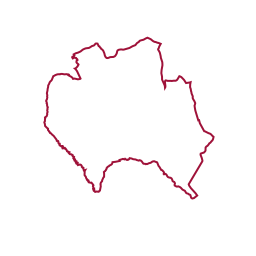 outline of Poiana Sibiului, Alba, Romania, rotated 67°
{"feature_id": "2599482B41231020029051", "entity_name": "Poiana Sibiului", "entity_type": "district", "adm_level": 2, "iso_a3": "ROU", "parent_name": "Romania", "parent_adm1": "Alba", "projection": "equal_earth", "projection_center": [23.723, 45.806], "detail": "fine", "context": "isolated", "style": "outline", "palette": "rose", "viewbox_px": 256, "rotation_deg": 67, "n_neighbors": 0, "source": "geoboundaries", "source_scale": "gbopen_adm2", "svg_char_len": 5857}
<svg xmlns="http://www.w3.org/2000/svg" viewBox="0 0 256 256"><g transform="rotate(67 128 128)"><path d="M142.1,188.7L142.6,188.6L142.6,188.3L142.4,188.1L142.5,187.4L142.8,187.2L143.0,186.3L143.6,185.7L144.7,185.4L145.8,185.7L146.9,184.8L147.1,185.2L147.8,184.9L148.3,184.9L149.0,185.2L149.9,185.2L150.0,183.8L150.7,184.7L154.2,186.3L154.7,186.4L156.2,185.9L158.3,186.1L159.1,185.7L159.6,186.0L160.0,185.9L160.3,185.8L159.9,185.5L160.8,184.9L161.2,185.3L162.2,185.0L162.2,185.4L162.6,185.4L163.8,183.8L164.0,183.0L166.8,182.2L167.2,182.2L167.5,182.8L168.0,183.1L168.5,183.0L169.4,183.2L170.2,183.9L171.8,184.0L171.4,183.1L172.6,183.5L174.0,183.2L174.2,181.7L175.2,180.0L175.2,179.7L174.8,179.2L174.7,178.4L174.5,178.2L171.1,175.9L170.3,175.7L169.6,175.3L168.9,175.3L167.7,174.3L166.8,172.6L166.0,172.2L163.9,169.9L163.6,169.1L160.7,167.8L159.1,167.4L158.8,166.6L158.8,166.0L158.6,165.8L158.2,164.9L157.9,164.7L157.3,163.8L156.6,163.4L156.5,163.0L156.2,162.7L155.8,161.9L155.7,160.5L155.3,159.8L155.3,158.3L155.1,157.8L155.1,157.4L154.9,156.9L153.8,155.8L153.4,155.6L154.2,152.8L155.1,148.5L154.1,148.3L154.4,145.9L154.4,145.0L154.6,144.5L155.5,143.6L155.5,143.3L155.2,142.7L156.7,141.8L157.3,140.7L157.0,140.2L157.2,139.8L157.2,139.5L157.0,139.0L156.4,138.3L157.5,136.6L158.7,135.5L160.0,133.2L161.0,132.4L161.6,131.5L162.0,131.2L162.2,130.8L162.2,129.8L162.5,129.6L162.9,129.0L164.0,128.4L166.5,127.9L166.9,127.7L167.9,125.9L168.3,125.7L168.3,125.0L168.7,124.4L168.6,122.6L168.9,120.7L168.5,119.1L168.5,117.9L168.9,116.8L170.4,115.3L170.7,114.8L171.5,114.6L174.8,114.7L176.0,114.3L179.6,113.8L180.0,113.2L180.5,112.9L181.1,112.8L181.8,112.4L182.4,112.3L183.7,112.3L183.8,112.4L183.9,112.9L184.2,113.1L184.4,113.0L184.7,112.9L184.6,112.2L185.0,111.3L186.2,110.8L187.8,110.7L188.9,110.3L189.8,109.3L190.5,108.2L191.5,107.6L192.8,107.5L194.1,107.7L194.8,107.4L195.8,106.5L196.8,106.4L197.3,106.4L198.6,107.4L199.2,107.5L200.8,106.3L201.2,105.5L201.3,104.6L202.5,103.4L203.7,102.7L206.0,101.9L208.0,100.2L210.6,99.8L211.1,99.4L212.1,98.2L213.0,97.8L213.6,97.1L214.1,96.8L216.7,97.1L217.1,97.0L218.0,96.4L218.3,94.7L217.2,90.7L214.5,91.3L207.9,93.6L204.9,94.2L203.5,94.1L187.7,72.6L187.0,72.2L184.3,71.8L181.0,71.7L180.0,71.1L180.1,69.1L180.3,67.9L179.6,66.1L178.9,65.4L176.3,64.2L176.1,63.9L175.6,62.9L175.5,61.9L174.6,60.1L173.9,59.2L173.7,57.9L172.7,56.1L172.5,55.3L171.5,54.1L169.6,52.7L167.7,53.6L166.6,53.9L165.4,54.6L164.1,56.0L161.0,58.6L160.7,59.1L151.7,60.0L148.5,59.5L148.3,60.0L148.3,60.3L138.3,59.2L135.2,58.5L133.4,58.0L132.9,57.5L131.4,56.4L129.3,56.4L126.4,56.8L125.5,56.7L124.7,56.2L123.9,56.0L121.1,56.0L119.6,55.6L118.9,55.6L116.5,55.0L114.7,54.9L112.3,53.8L110.3,52.5L110.2,53.5L109.3,57.0L105.7,57.6L104.6,58.0L102.0,59.0L101.0,59.8L100.4,60.5L102.7,63.7L103.0,64.5L103.1,65.4L103.0,66.0L102.4,67.2L101.8,69.4L101.3,70.2L100.1,73.1L99.0,74.5L98.9,74.9L99.2,75.4L100.0,76.0L104.1,77.2L105.1,77.8L105.4,78.2L103.8,77.7L102.7,77.6L96.7,77.7L94.0,76.6L90.6,75.9L87.7,74.4L83.9,71.9L82.5,71.3L80.7,70.7L76.0,70.3L74.8,69.9L71.4,69.3L69.9,69.3L68.1,69.6L67.2,69.5L66.7,68.7L65.2,67.4L63.3,65.0L61.6,66.7L61.0,67.6L59.7,68.9L59.0,70.0L57.6,71.1L55.1,72.4L52.5,74.8L52.5,76.6L52.8,79.2L52.4,81.7L52.3,83.2L52.9,84.2L53.4,86.7L54.6,88.8L54.5,91.9L54.9,95.4L54.2,101.2L53.9,102.1L53.3,103.0L52.8,104.2L52.4,105.8L52.5,107.1L52.6,107.4L53.2,108.0L55.0,109.3L56.3,111.0L56.8,112.0L56.9,113.6L55.8,116.7L55.8,118.6L55.6,119.6L55.1,120.4L53.8,120.9L52.4,121.0L50.0,120.6L47.3,120.6L46.1,120.9L44.3,121.9L43.4,121.9L42.8,122.3L41.7,122.4L41.2,123.0L38.4,123.1L37.7,124.4L37.7,125.0L38.6,126.7L38.7,127.4L38.5,129.1L39.0,132.0L39.0,132.8L38.2,135.6L38.1,137.0L38.2,139.0L39.0,141.8L39.1,144.5L38.8,146.9L38.9,148.1L39.0,149.2L40.2,149.0L40.7,150.3L40.9,151.0L40.7,151.3L40.9,151.6L41.3,151.8L42.4,151.6L42.2,150.0L42.3,149.5L42.7,149.3L43.3,148.4L44.1,148.4L44.7,147.9L45.2,147.8L45.8,148.0L46.0,148.9L46.3,149.3L47.5,149.8L48.8,149.4L49.9,148.8L50.4,148.8L50.9,149.7L51.4,150.1L51.9,151.1L52.7,153.1L52.6,153.6L53.5,153.2L55.8,152.7L63.7,152.4L64.0,152.4L64.1,152.6L63.9,154.0L63.6,155.1L61.6,157.9L61.3,159.4L60.1,159.5L58.6,160.3L56.5,162.0L56.2,161.5L55.9,161.5L55.5,161.8L55.1,162.4L55.1,162.8L54.5,163.4L53.7,165.7L52.6,167.3L52.0,168.6L52.0,169.7L51.7,170.0L51.0,172.1L50.9,174.4L51.1,175.2L51.1,176.5L54.0,179.4L54.5,180.3L54.8,181.3L55.4,182.3L56.5,183.3L57.4,184.5L57.9,185.0L58.9,185.4L60.6,186.7L62.1,187.5L64.3,189.1L66.4,189.5L67.2,190.1L68.3,190.3L70.1,191.6L70.6,192.4L71.2,192.8L72.8,192.8L73.6,193.3L74.2,193.1L76.0,193.8L77.6,193.7L77.8,193.9L78.1,194.4L79.0,194.6L79.4,194.8L79.7,195.2L80.5,195.6L81.8,195.7L82.8,196.7L83.9,197.0L85.3,198.2L85.6,199.0L85.7,199.9L85.9,200.3L86.7,200.4L86.9,200.7L89.4,201.9L89.8,202.6L90.3,202.9L91.5,202.9L93.8,203.5L96.3,202.5L97.3,201.9L97.6,201.9L98.1,202.3L98.7,202.4L99.7,202.0L100.3,202.1L100.8,201.7L102.1,201.7L102.6,201.1L104.5,200.4L106.2,199.5L111.0,198.3L111.9,198.6L112.5,198.3L112.8,197.4L113.8,197.5L114.7,197.9L115.8,197.6L115.9,197.0L116.1,197.0L116.9,197.7L117.3,197.7L118.2,196.9L118.8,196.6L118.8,195.8L119.0,195.3L119.8,195.6L120.0,195.3L120.8,195.7L120.9,196.2L121.1,196.2L121.1,195.7L121.5,195.2L121.3,194.7L122.0,194.3L121.5,194.1L121.6,193.9L122.6,193.8L122.7,193.5L123.9,193.2L124.9,193.1L125.6,193.2L126.0,192.8L126.2,192.4L126.9,192.0L127.4,191.3L127.8,191.6L127.7,191.9L127.8,192.3L129.3,191.8L130.2,190.3L131.3,189.6L131.6,190.0L132.3,189.9L133.4,189.0L134.3,190.1L134.5,190.0L134.5,189.6L134.7,189.4L135.1,189.6L134.8,189.9L134.9,190.0L135.7,190.0L136.1,189.9L136.2,189.6L135.9,189.5L135.7,189.2L136.4,189.0L137.1,189.2L136.9,189.9L137.1,190.0L138.0,189.4L138.0,189.1L138.5,188.4L139.2,188.5L139.3,188.6L138.8,188.9L138.7,189.2L139.4,189.6L139.6,189.6L139.7,189.2L140.3,188.1L141.0,188.9L141.3,188.4L142.1,188.7Z" fill="none" stroke="#9f1239" stroke-width="2"/></g></svg>